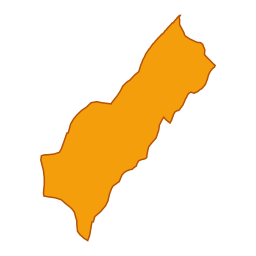 Koubia, Mali, Guinea (Equal Earth projection)
{"feature_id": "49546643B77076064318361", "entity_name": "Koubia", "entity_type": "district", "adm_level": 2, "iso_a3": "GIN", "parent_name": "Guinea", "parent_adm1": "Mali", "projection": "equal_earth", "projection_center": [-11.645, 11.768], "detail": "fine", "context": "isolated", "style": "filled", "palette": "amber", "viewbox_px": 256, "rotation_deg": 0, "n_neighbors": 0, "source": "geoboundaries", "source_scale": "gbopen_adm2", "svg_char_len": 3258}
<svg xmlns="http://www.w3.org/2000/svg" viewBox="0 0 256 256"><path d="M215.2,65.4L213.8,64.3L205.8,56.1L204.5,54.6L204.8,49.8L202.8,44.7L201.9,43.6L200.2,42.5L197.8,42.5L195.3,41.6L191.2,39.6L190.0,39.1L185.4,36.1L184.5,34.8L183.7,32.2L182.7,30.4L182.1,29.3L179.7,24.8L179.5,22.9L179.7,20.4L179.1,17.0L180.1,15.8L180.3,15.4L179.6,15.4L179.0,16.0L178.6,16.3L178.0,16.9L177.7,17.2L177.4,17.5L177.1,17.9L176.6,18.6L176.2,19.1L175.7,19.8L175.1,20.2L174.5,21.0L174.0,21.6L173.5,22.6L172.8,22.7L172.2,23.0L171.6,23.6L170.6,24.9L170.3,25.2L169.9,25.6L169.1,26.5L168.4,27.1L167.6,28.1L167.3,28.5L166.7,29.1L165.9,30.2L165.6,30.4L164.7,31.1L164.2,32.1L163.8,32.8L163.5,33.0L163.1,33.3L162.7,33.7L162.2,34.3L161.9,34.2L161.4,34.8L160.8,35.2L160.6,35.6L160.2,36.0L159.8,36.4L159.2,37.1L158.8,37.4L158.2,38.0L157.7,38.5L156.9,39.5L156.4,40.1L156.0,40.5L155.6,40.9L154.9,41.8L154.3,42.8L153.5,43.4L152.8,44.0L152.1,45.1L151.4,46.1L150.8,46.9L149.9,48.3L148.9,49.3L148.2,50.3L147.5,51.4L146.6,52.7L145.6,54.2L145.2,55.4L144.5,56.9L144.0,57.8L143.5,58.7L142.9,59.7L142.4,61.0L142.0,62.5L141.5,63.3L141.0,64.5L140.5,65.8L140.2,67.0L139.9,68.0L139.5,69.3L139.1,70.3L138.8,71.6L134.7,75.0L129.4,80.6L127.7,81.4L125.2,83.7L122.8,86.1L120.4,90.9L117.5,95.4L111.5,103.0L111.1,103.9L106.3,103.3L101.5,102.7L96.9,101.7L91.1,102.7L86.2,107.4L81.7,110.3L77.3,114.6L73.8,118.7L70.7,123.8L68.2,132.9L66.9,133.0L64.4,140.4L61.5,148.5L59.4,152.3L54.0,154.1L48.1,154.7L44.1,154.9L41.4,155.8L40.8,160.0L43.4,170.2L44.3,177.7L44.3,184.9L43.7,189.8L43.5,193.6L43.9,196.0L48.1,196.8L54.7,197.7L61.0,199.6L66.0,203.9L69.7,206.8L72.2,209.2L73.8,211.3L74.7,213.1L75.3,215.8L76.8,220.7L76.8,223.6L77.5,231.3L79.9,234.6L83.9,238.2L87.7,240.6L88.7,237.9L89.7,235.0L91.0,227.5L91.8,222.8L91.9,222.0L93.3,221.9L94.8,216.6L100.4,211.8L105.6,205.7L108.0,200.7L109.5,194.0L111.5,188.6L112.9,186.1L119.2,181.6L122.0,174.9L124.6,172.2L127.1,170.8L129.6,169.8L131.4,169.4L132.4,169.2L133.0,168.5L133.6,167.9L136.5,165.8L136.7,164.3L136.9,164.0L137.5,163.0L137.7,162.5L138.3,161.3L139.5,160.4L140.2,160.1L140.8,159.9L141.6,159.5L142.3,159.4L143.0,159.4L144.0,159.0L144.6,158.9L145.3,158.6L146.0,158.1L146.4,157.9L146.7,157.2L146.9,156.3L146.9,155.2L147.0,154.5L148.0,149.5L148.8,146.6L151.6,143.1L156.0,138.1L158.7,130.2L159.4,125.1L162.5,119.0L163.8,117.2L164.9,118.7L166.4,120.2L170.0,123.0L170.4,122.0L171.0,121.3L171.3,120.8L171.8,119.7L172.0,118.8L172.3,117.7L172.7,116.8L173.1,116.1L173.2,115.1L173.8,114.1L174.1,113.3L174.3,113.0L174.6,112.4L175.1,111.9L175.7,111.5L176.2,111.2L177.1,110.7L178.5,110.4L179.2,110.0L179.9,109.1L180.7,108.0L181.4,107.1L182.3,105.8L182.9,105.0L183.3,104.0L183.8,102.9L184.3,101.9L184.7,101.0L185.1,99.6L186.0,98.3L186.4,97.4L187.0,96.2L187.4,95.2L188.0,94.4L188.7,93.4L189.2,93.1L190.0,92.5L191.0,92.2L191.8,92.5L192.5,92.7L193.3,92.9L194.4,93.2L194.8,92.7L195.6,92.6L196.1,92.3L196.5,92.0L197.1,91.9L197.5,91.6L198.1,91.3L198.8,90.7L199.2,90.2L199.8,89.7L200.8,89.2L201.9,88.6L202.5,87.8L203.4,86.8L204.5,85.5L205.2,84.6L205.9,83.1L206.5,81.3L207.3,79.6L207.6,78.3L207.9,77.1L208.4,75.4L208.7,74.4L209.3,73.2L210.0,72.0L210.7,70.8L211.3,70.1L212.1,69.1L212.9,68.3L214.0,67.4L214.4,67.3L214.9,65.8L215.2,65.4Z" fill="#f59e0b" stroke="#b45309" stroke-width="1.5"/></svg>